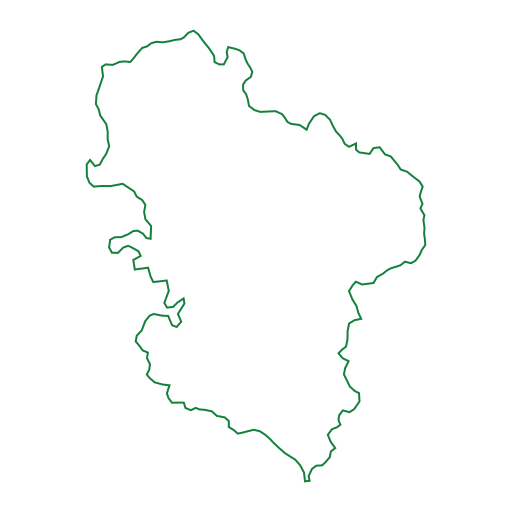 outline of Fartura, São Paulo, Brazil
{"feature_id": "56859067B5459556715970", "entity_name": "Fartura", "entity_type": "district", "adm_level": 2, "iso_a3": "BRA", "parent_name": "Brazil", "parent_adm1": "São Paulo", "projection": "robinson", "projection_center": [-49.525, -23.4], "detail": "fine", "context": "isolated", "style": "outline", "palette": "green", "viewbox_px": 512, "rotation_deg": 0, "n_neighbors": 0, "source": "geoboundaries", "source_scale": "gbopen_adm2", "svg_char_len": 3179}
<svg xmlns="http://www.w3.org/2000/svg" viewBox="0 0 512 512"><path d="M185.4,407.9L190.8,410.2L195.7,407.9L199.4,409.4L205.2,409.9L212.0,411.4L216.9,415.9L224.8,417.4L228.8,421.0L228.8,427.0L233.8,430.1L237.8,433.6L242.3,432.7L247.5,431.3L253.6,429.8L259.6,431.1L265.0,434.6L270.2,439.1L273.3,442.6L278.3,447.3L284.9,453.1L290.5,456.7L295.2,459.6L300.1,465.2L304.0,472.5L305.0,481.3L309.6,480.8L308.7,476.0L312.0,468.9L316.3,465.7L322.0,465.4L325.2,462.5L329.8,457.1L330.9,451.4L335.2,448.1L330.7,441.8L327.8,434.8L332.0,429.2L337.1,427.2L340.4,424.7L338.5,420.3L339.1,415.4L342.8,410.4L349.4,412.2L354.1,409.2L359.5,401.4L359.0,393.1L354.9,391.1L349.9,386.6L346.1,378.8L343.9,374.3L345.2,368.0L348.6,361.2L342.6,358.2L338.5,353.3L341.9,349.8L346.0,346.6L347.5,339.3L347.6,331.0L349.1,323.5L354.5,320.2L361.2,318.8L358.4,313.0L356.4,305.9L352.3,299.2L349.0,291.1L352.3,285.8L355.8,281.7L362.1,284.5L373.5,283.0L377.0,277.0L382.9,273.7L386.9,270.5L390.6,268.4L396.0,266.7L400.6,265.2L404.9,261.7L411.0,263.2L415.5,260.7L419.7,254.8L421.9,249.8L425.3,245.0L424.9,239.3L424.1,234.0L424.5,227.7L423.4,220.2L424.4,215.2L420.4,208.4L422.5,203.9L419.7,196.6L420.8,192.1L422.7,186.6L419.3,181.3L412.3,176.0L407.1,171.7L400.7,169.5L397.6,164.7L390.7,156.4L385.0,154.4L379.7,147.3L373.5,148.1L369.6,153.9L359.2,152.4L356.0,149.6L356.0,143.5L349.0,146.8L344.7,143.8L342.2,138.6L339.3,135.0L336.0,131.5L332.6,125.3L330.0,119.7L325.2,114.9L319.8,113.2L314.0,116.2L309.0,123.7L306.6,129.7L299.7,125.0L291.2,123.9L287.5,122.0L284.8,117.7L282.1,114.2L275.7,111.2L270.2,111.4L260.3,111.9L254.4,110.1L249.0,105.9L247.9,99.8L246.2,94.4L243.2,90.2L243.1,84.6L245.7,80.5L250.8,77.0L252.3,71.9L250.3,67.7L247.5,63.4L245.5,59.2L243.8,53.6L239.5,50.3L235.2,48.8L228.2,47.1L226.7,51.9L227.6,57.2L223.8,64.4L219.3,64.4L214.6,62.1L214.1,55.9L209.2,48.5L202.4,40.0L198.3,34.3L193.5,30.7L188.3,32.8L183.8,37.5L180.3,39.3L175.3,39.8L169.1,41.3L162.8,42.3L156.2,41.8L151.1,43.3L147.1,46.4L142.2,47.9L137.0,53.8L133.3,58.6L130.3,62.0L124.4,61.4L119.6,61.9L112.7,64.9L105.7,64.4L101.9,66.9L103.0,76.5L98.9,88.6L96.5,95.3L95.9,104.1L98.7,109.3L100.2,115.4L106.3,124.2L107.7,131.8L107.7,139.8L109.2,146.2L106.2,153.9L103.0,158.6L99.7,164.7L94.9,166.1L90.1,160.0L86.7,164.4L86.9,176.5L89.5,182.8L93.7,186.6L101.7,186.0L110.6,186.1L122.7,183.8L129.1,188.1L134.1,191.4L136.7,196.6L142.2,200.1L145.4,204.9L144.1,211.9L145.4,219.2L151.1,226.0L150.6,238.8L146.3,238.0L142.9,233.6L137.7,230.7L133.4,231.0L128.1,234.3L121.4,237.1L114.7,237.3L110.2,239.7L109.1,247.4L111.9,252.7L117.9,252.9L123.2,247.6L128.1,245.8L132.0,247.6L138.5,251.3L140.7,255.9L133.3,259.9L134.8,269.5L148.1,267.7L150.6,276.6L153.2,282.0L160.1,281.3L166.7,280.5L168.8,290.9L164.3,302.9L167.1,307.6L173.0,306.9L177.7,302.4L183.6,298.4L184.4,303.6L177.9,313.9L181.2,321.7L176.6,327.0L172.1,325.2L168.1,315.9L162.4,315.7L153.7,314.0L149.6,315.7L145.2,321.2L141.7,330.5L136.8,335.6L135.7,341.4L139.6,346.1L142.7,350.4L147.9,352.6L147.0,358.1L150.0,364.4L149.2,369.8L146.8,374.5L149.6,378.0L154.6,382.3L162.6,384.5L169.5,385.3L166.9,393.4L168.4,397.9L171.9,402.7L178.6,402.6L183.8,402.6L185.4,407.9Z" fill="none" stroke="#15803d" stroke-width="2"/></svg>